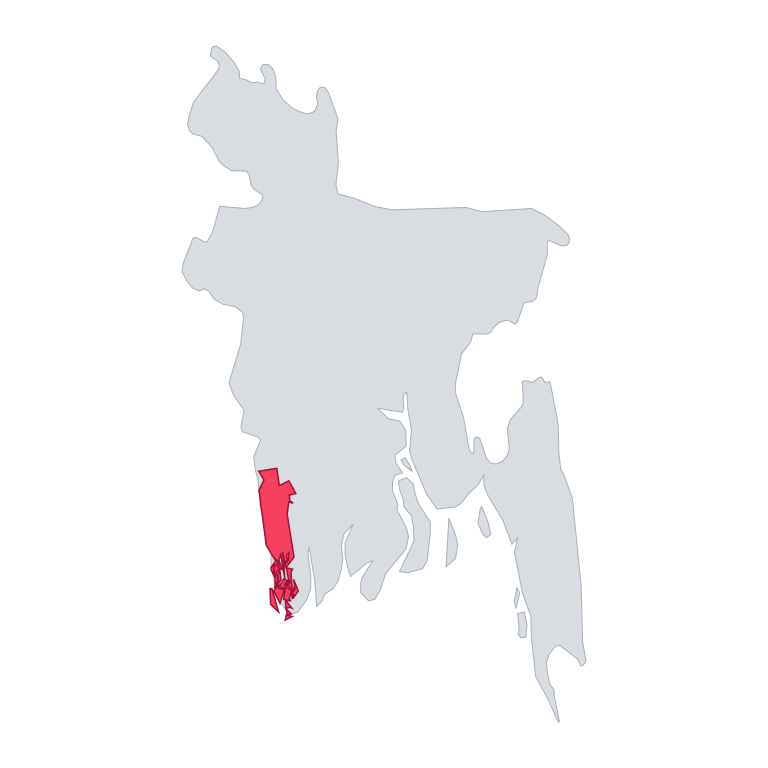 Satkhira, Khulna, Bangladesh (highlighted)
{"feature_id": "16705992B60176987344662", "entity_name": "Satkhira", "entity_type": "district", "adm_level": 2, "iso_a3": "BGD", "parent_name": "Bangladesh", "parent_adm1": "Khulna", "projection": "equal_earth", "projection_center": [89.15, 22.3], "detail": "medium", "context": "in_parent", "style": "filled", "palette": "rose", "viewbox_px": 768, "rotation_deg": 0, "n_neighbors": 0, "source": "geoboundaries", "source_scale": "gbopen_adm2", "svg_char_len": 5581}
<svg xmlns="http://www.w3.org/2000/svg" viewBox="0 0 768 768"><path d="M271.2,568.3L271.1,546.9L259.8,504.9L260.3,500.3L258.0,480.1L255.1,468.9L253.7,457.0L260.5,439.9L257.8,437.1L242.7,431.8L240.9,427.4L244.1,410.6L233.3,394.6L229.0,382.8L240.6,344.4L243.6,317.8L242.7,312.6L235.7,306.7L223.2,304.3L214.3,299.3L209.2,291.8L204.8,288.7L199.4,291.0L192.5,288.0L186.7,280.6L181.9,271.5L183.8,261.6L193.0,238.1L196.4,237.4L204.2,241.9L207.2,241.9L212.4,232.6L219.7,206.3L244.9,208.5L251.0,207.7L257.3,205.6L260.8,202.3L262.7,198.0L262.0,194.4L254.3,189.4L251.3,185.7L249.1,175.2L246.9,171.2L231.6,170.6L223.7,165.8L219.4,161.5L211.7,147.1L202.2,136.5L193.1,134.0L189.5,130.6L187.7,125.1L188.8,117.2L193.5,102.1L218.6,69.4L219.2,65.8L218.3,61.6L210.9,56.4L210.4,53.8L212.5,46.9L216.7,46.1L225.3,52.3L234.1,62.3L239.3,71.3L239.5,78.4L246.3,79.8L252.0,83.0L258.0,82.0L261.8,83.8L264.3,83.1L265.3,79.1L260.4,68.8L262.8,64.5L268.5,64.7L272.7,68.6L275.7,76.5L276.3,88.8L283.0,99.9L291.9,107.8L298.9,111.4L307.3,114.1L314.5,111.5L318.0,103.8L316.4,96.8L317.5,90.6L320.4,87.2L324.9,87.4L328.3,92.3L338.1,118.9L336.1,130.7L338.4,163.1L335.9,184.5L337.5,192.7L339.1,194.2L353.9,198.1L375.4,206.7L391.8,209.8L465.9,207.5L482.1,211.7L531.5,208.5L545.0,215.3L559.8,226.4L568.1,234.7L569.6,239.4L568.8,243.5L566.0,245.7L561.0,245.8L549.3,240.4L547.3,242.0L547.3,254.8L538.1,287.1L536.8,297.1L533.5,301.0L523.8,303.1L517.4,321.9L514.7,324.2L508.3,320.1L504.3,320.8L499.3,322.5L494.3,326.9L490.8,332.3L486.9,334.1L473.0,333.8L470.4,342.5L461.4,354.0L455.3,384.4L455.8,393.7L463.6,417.9L469.2,449.5L471.3,452.7L473.9,453.0L474.0,438.5L476.5,436.7L479.7,438.3L486.4,457.8L490.1,462.7L495.9,464.1L502.5,461.2L507.3,455.5L509.3,449.3L507.4,428.1L510.5,419.4L521.7,406.5L523.3,402.6L522.4,381.4L526.7,380.7L532.4,382.4L539.6,377.3L541.8,377.2L544.9,382.6L550.0,381.7L558.1,423.8L558.9,453.5L560.8,470.1L563.6,473.8L572.4,498.6L581.2,586.2L582.6,642.0L586.1,661.0L583.3,665.2L580.6,666.1L578.0,659.4L559.5,645.2L555.0,646.7L548.8,654.9L546.4,662.5L547.5,673.3L549.6,683.8L554.0,689.9L554.4,696.6L559.5,721.8L558.1,721.9L547.9,699.0L535.6,676.5L531.3,636.2L530.9,616.3L522.5,593.0L514.4,552.3L517.7,538.0L511.9,544.2L502.7,519.9L488.2,496.0L484.0,485.5L483.8,475.2L477.6,485.5L469.3,492.8L460.8,503.7L455.2,507.0L437.1,509.0L426.7,494.4L411.6,458.7L409.6,450.7L411.5,429.7L407.9,409.9L406.8,392.5L404.1,394.0L403.1,398.8L403.7,406.2L402.6,412.3L377.6,408.3L388.3,418.7L399.8,421.2L405.8,430.5L406.2,446.0L395.0,455.4L396.0,463.3L402.6,472.9L394.6,475.6L392.5,481.9L392.4,490.8L398.0,504.6L397.0,510.0L406.5,528.0L408.4,536.6L406.1,548.8L385.7,573.5L379.8,591.1L374.8,599.3L368.5,600.8L360.7,592.5L360.6,583.9L362.2,577.2L372.8,560.8L367.0,563.0L350.4,576.5L347.2,565.5L345.1,555.4L345.1,542.9L353.0,524.4L344.0,533.6L341.5,545.2L342.7,558.9L341.5,568.5L338.0,581.2L333.1,588.7L325.3,593.6L321.9,601.1L316.6,606.6L314.8,581.1L309.1,546.8L307.9,554.2L310.8,575.5L310.6,589.3L306.4,600.3L297.8,612.1L291.2,613.7L287.3,611.9L274.9,594.2L273.9,577.5L271.2,568.3ZM422.7,568.7L407.4,572.8L399.6,571.5L414.0,540.7L413.5,526.9L411.2,515.6L403.8,506.6L403.4,500.1L400.0,491.3L398.3,481.0L406.4,477.7L413.1,483.6L415.5,495.3L418.8,504.1L430.4,522.2L430.3,533.3L427.2,560.4L422.7,568.7ZM455.4,558.6L446.1,566.8L448.9,518.1L455.9,536.2L457.7,545.9L455.4,558.6ZM490.8,534.3L486.8,537.7L482.9,534.7L478.0,523.3L480.3,508.8L481.8,506.7L487.8,521.5L490.8,534.3ZM525.9,637.2L520.6,637.7L518.0,634.2L519.2,629.4L517.7,613.5L524.4,611.9L527.0,625.2L525.9,637.2ZM519.8,592.9L515.9,608.6L514.3,601.6L516.9,587.8L519.8,592.9ZM410.4,466.1L411.9,471.1L403.4,464.6L401.1,460.0L404.9,457.6L410.4,466.1Z" fill="#d9dde1" stroke="#a8b0b8" stroke-width="1"/><path d="M258.7,471.2L264.0,480.0L258.9,490.1L266.3,545.4L275.7,561.0L270.9,567.7L271.4,571.1L274.4,572.6L273.4,567.2L273.9,565.8L275.0,566.1L275.0,565.2L274.3,565.3L274.1,564.8L274.2,564.5L274.8,564.3L274.2,564.8L275.0,565.1L275.1,566.2L273.5,567.2L274.7,572.3L274.4,572.8L272.6,572.8L274.6,577.0L274.9,573.3L275.3,573.2L275.8,573.6L275.9,573.1L276.4,572.8L277.2,571.0L278.0,570.5L278.6,570.8L278.9,571.2L279.7,570.0L276.9,565.0L277.2,563.9L279.0,564.0L278.1,563.2L277.7,561.4L276.1,560.8L274.2,557.9L277.8,561.1L279.3,563.9L278.2,567.3L282.2,569.5L278.9,559.9L280.8,554.7L284.9,578.9L282.7,552.0L284.6,564.1L285.4,561.7L286.6,560.6L288.0,560.2L286.3,555.7L288.9,552.8L288.3,560.3L284.9,564.3L285.9,567.7L294.0,557.2L287.2,514.3L288.7,502.0L293.2,503.2L289.7,500.6L289.5,494.9L295.8,493.5L288.9,480.8L279.4,485.5L276.8,468.3L258.7,471.2ZM281.0,579.8L279.8,570.2L277.0,575.5L277.9,576.0L278.4,578.3L277.0,585.0L274.1,587.8L278.1,585.7L273.7,590.6L280.0,603.4L284.4,589.5L278.9,588.4L278.4,583.6L281.0,579.8ZM283.8,578.9L279.2,586.5L285.2,588.8L283.7,599.4L288.6,600.6L291.7,590.4L285.2,586.9L284.7,583.7L288.0,580.9L283.8,578.9ZM292.6,569.2L286.5,567.9L288.7,581.5L285.1,584.9L287.4,586.1L286.9,585.1L289.6,583.2L289.1,582.4L289.8,579.5L289.7,583.2L287.1,585.2L292.5,589.8L291.1,593.9L292.4,597.9L292.1,593.3L294.7,588.8L293.0,587.8L292.0,586.3L291.0,572.2L292.6,569.2ZM278.6,612.0L271.9,588.6L270.0,588.6L270.6,604.3L278.6,612.0ZM293.1,598.3L298.3,591.0L293.6,579.4L294.9,589.0L292.3,593.4L293.7,594.7L292.5,598.1L291.4,598.6L293.1,598.3ZM285.3,600.2L285.9,608.4L289.7,607.3L291.9,608.1L285.3,600.2ZM291.3,613.9L286.1,609.0L287.5,615.0L291.3,613.9ZM276.8,575.7L274.9,574.4L275.2,586.3L278.1,579.4L276.8,575.7ZM292.3,616.5L286.4,614.7L285.2,620.1L292.3,616.5ZM290.5,600.7L289.4,598.9L288.8,600.7L287.2,600.8L290.5,600.7Z" fill="#f43f5e" stroke="#9f1239" stroke-width="1.5"/></svg>